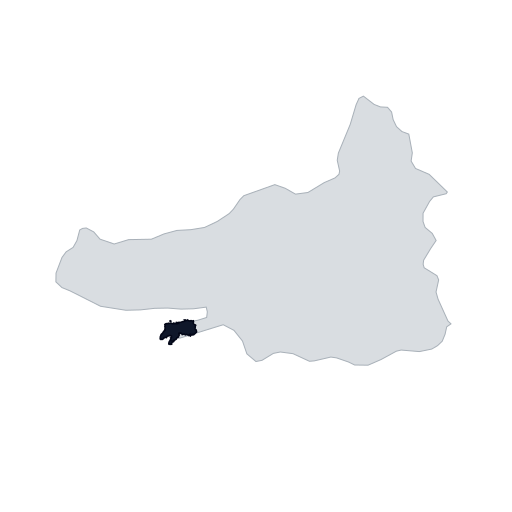 Santa Bárbara de Samaná, Samaná, Dominican Republic (highlighted), rotated 167°
{"feature_id": "3306468B43421780768425", "entity_name": "Santa Bárbara de Samaná", "entity_type": "district", "adm_level": 2, "iso_a3": "DOM", "parent_name": "Dominican Republic", "parent_adm1": "Samaná", "projection": "orthographic", "projection_center": [-69.295, 19.263], "detail": "fine", "context": "in_parent", "style": "filled", "palette": "ink", "viewbox_px": 512, "rotation_deg": 167, "n_neighbors": 0, "source": "geoboundaries", "source_scale": "gbopen_adm2", "svg_char_len": 6537}
<svg xmlns="http://www.w3.org/2000/svg" viewBox="0 0 512 512"><g transform="rotate(167 256 256)"><path d="M79.7,340.4L80.5,321.3L83.5,313.6L80.9,305.4L68.9,296.6L61.6,285.3L55.2,275.3L56.7,273.9L69.9,273.7L74.6,270.1L83.6,260.1L85.5,252.0L84.8,245.8L79.2,238.4L77.0,230.6L84.2,223.9L93.6,214.2L95.0,210.4L94.8,206.7L84.1,196.1L83.4,191.6L88.7,180.4L88.3,172.9L83.6,149.5L81.3,146.0L86.1,144.1L89.4,137.2L93.7,131.1L99.3,127.8L105.7,125.8L118.3,126.1L135.7,131.7L140.6,131.7L157.4,127.0L171.4,124.4L184.4,127.6L189.7,131.9L200.4,138.6L205.8,140.7L222.9,140.7L227.6,141.4L241.9,152.5L253.9,157.0L261.0,157.2L273.6,153.0L279.8,153.2L286.9,162.7L288.3,176.2L294.2,188.5L303.4,196.4L348.7,193.1L358.8,199.6L355.3,205.0L348.9,207.8L327.4,206.5L317.9,207.2L316.0,212.5L316.0,217.4L328.6,218.6L341.0,221.1L353.6,225.1L366.4,227.8L380.8,229.5L395.0,232.4L418.8,242.0L445.1,263.9L452.2,268.9L456.8,275.8L454.7,284.3L445.3,298.3L440.0,302.8L432.3,305.5L427.0,311.3L421.9,321.0L418.8,321.9L415.1,321.5L408.7,316.0L404.2,307.5L391.5,299.6L376.4,300.6L354.2,295.9L340.7,298.2L327.3,298.7L313.5,296.3L299.7,295.4L285.9,298.4L272.5,303.4L267.5,306.7L258.9,314.6L254.3,317.5L221.6,321.3L212.3,315.4L203.6,307.4L191.1,306.2L172.9,312.2L161.5,314.3L156.8,316.9L155.4,319.9L155.3,331.0L152.6,337.7L134.6,363.0L124.4,380.9L120.2,386.4L115.4,387.6L106.8,377.1L101.3,373.3L94.4,371.3L91.5,365.8L91.7,358.0L90.0,350.4L85.8,344.4L79.7,340.4Z" fill="#d9dde1" stroke="#a8b0b8" stroke-width="1"/><path d="M331.4,198.1L331.8,198.4L331.9,198.8L331.3,199.9L331.1,200.9L330.9,201.3L330.4,201.8L330.3,202.1L330.4,202.4L331.3,202.9L331.6,203.2L331.8,203.5L332.2,204.2L332.2,204.6L332.2,205.0L331.7,205.7L331.6,206.0L331.6,207.0L332.2,207.0L332.9,207.1L333.7,207.6L333.8,207.7L334.2,207.7L334.4,207.6L334.9,207.6L335.2,207.8L335.9,207.9L336.2,208.1L336.4,208.4L336.6,208.7L336.8,208.8L337.0,209.1L337.3,208.9L337.6,208.7L338.1,208.9L338.7,208.8L338.8,208.8L338.8,209.2L338.9,209.5L339.1,209.6L339.4,209.7L339.7,209.8L339.8,209.8L339.6,209.6L339.7,209.0L340.2,208.5L340.4,208.5L340.6,208.7L341.0,208.4L341.4,208.4L341.4,208.5L341.7,208.5L341.8,208.6L342.1,208.5L342.8,208.6L343.4,208.4L343.6,208.3L343.9,208.3L344.4,208.4L344.8,208.5L345.4,208.5L346.0,208.7L346.3,208.6L346.5,208.7L346.9,208.8L347.1,208.6L347.0,208.3L347.3,208.5L347.4,208.4L347.6,208.3L347.6,208.2L347.3,208.1L347.3,207.8L347.6,207.6L347.9,207.6L348.3,207.8L348.6,207.8L348.8,208.1L349.3,208.2L349.5,208.5L349.9,208.7L350.0,208.7L350.1,208.3L350.4,208.3L350.6,208.3L351.1,208.7L351.2,209.0L351.4,209.0L351.5,209.1L351.7,208.8L351.9,208.6L352.1,208.5L352.5,208.8L352.8,208.9L352.9,209.0L353.2,209.1L353.4,209.4L353.6,209.5L353.8,209.8L354.0,209.8L354.0,209.7L354.4,209.7L354.5,209.9L354.8,209.8L355.1,209.8L356.1,209.8L356.1,210.1L356.4,210.2L356.6,210.0L356.9,210.1L357.1,210.0L357.3,210.1L357.6,210.0L357.9,210.1L358.0,210.2L358.6,210.1L358.7,210.3L358.9,210.3L359.5,210.2L360.1,209.9L360.0,209.7L360.0,209.4L360.3,209.4L360.3,209.2L360.0,209.1L360.3,208.6L360.2,208.4L360.3,208.1L360.5,208.0L360.7,207.8L360.6,207.5L360.6,207.3L360.7,207.2L360.6,206.9L360.7,206.6L360.6,206.4L360.8,206.0L360.9,205.9L361.0,205.7L361.2,205.4L361.2,205.1L361.3,205.0L361.3,204.9L361.4,204.7L361.3,204.4L361.5,204.3L361.4,204.1L361.8,204.0L362.2,203.8L362.2,203.7L362.7,203.5L363.0,203.1L363.3,203.0L363.3,202.7L363.7,202.3L363.9,202.3L364.0,202.1L364.4,201.9L364.8,201.5L365.0,201.5L365.1,201.3L365.4,201.3L365.6,201.1L365.8,201.1L366.0,200.9L366.1,200.6L366.3,200.6L366.4,200.4L366.7,199.9L366.8,199.8L367.0,199.4L367.3,199.0L367.3,198.8L367.5,198.7L367.6,198.2L367.8,197.7L367.7,197.3L367.7,196.8L367.8,196.6L367.7,196.4L367.8,196.4L367.6,196.1L367.1,196.1L366.7,196.2L366.4,195.8L366.0,195.8L365.7,195.8L365.4,196.0L364.6,196.4L364.5,196.7L364.0,196.8L364.0,197.1L363.7,197.1L363.7,196.9L363.4,197.0L363.2,197.2L362.8,197.2L362.4,197.0L362.2,197.0L362.0,196.8L361.9,196.8L361.8,196.6L361.7,196.6L361.6,196.9L361.5,197.0L361.1,197.1L360.9,197.3L360.9,197.5L360.5,197.8L360.4,197.9L360.0,197.9L359.9,197.8L359.4,197.7L359.3,197.8L359.2,198.0L358.9,198.0L358.8,197.9L358.6,198.0L358.5,197.9L358.3,197.8L358.2,197.8L358.2,198.0L357.9,198.0L357.7,197.8L357.3,197.8L356.9,197.6L356.7,197.4L356.3,197.1L356.4,196.7L356.6,196.5L356.8,196.3L356.8,196.1L356.8,195.8L357.0,195.8L356.9,195.7L357.1,195.6L357.4,194.9L357.6,194.7L357.8,194.5L357.9,194.3L358.4,193.5L358.3,193.4L358.5,193.4L358.7,193.1L359.1,192.7L359.4,192.5L360.1,191.7L360.3,191.3L360.3,191.0L360.4,190.9L360.4,190.7L360.6,190.6L360.7,190.2L360.8,190.0L360.7,189.8L360.7,189.6L360.5,189.4L360.2,189.4L359.9,189.5L359.8,189.4L359.6,189.4L359.6,189.7L359.2,189.4L359.1,189.1L358.9,189.1L358.6,189.0L358.1,189.0L358.1,189.3L357.9,189.4L357.9,189.5L357.8,189.9L357.7,190.1L357.5,190.3L357.3,190.7L357.2,190.8L357.0,191.0L356.8,191.5L356.6,191.1L356.4,190.9L356.1,191.0L355.7,191.0L355.4,191.5L355.1,191.5L354.9,191.7L355.0,192.0L354.9,192.2L355.1,192.3L354.9,192.5L354.7,192.4L354.3,192.5L354.1,192.4L353.9,192.6L353.4,192.5L352.7,192.8L352.4,192.9L352.2,193.5L351.8,193.8L351.7,193.8L351.6,194.0L351.4,193.9L351.3,194.0L351.1,194.0L350.8,194.1L350.7,194.1L350.8,194.2L350.6,194.3L350.5,194.6L350.2,194.8L349.8,195.0L349.4,195.2L349.1,195.5L348.7,196.0L348.6,196.3L348.8,196.6L348.8,196.9L348.7,196.9L348.7,197.2L348.5,197.3L348.6,197.6L348.7,197.8L348.6,198.1L348.4,198.2L347.8,198.3L347.4,198.2L347.3,197.7L347.2,197.7L346.9,197.7L346.8,197.8L346.7,197.8L346.7,197.6L346.4,197.6L346.3,197.4L346.1,197.3L346.0,196.9L345.7,196.7L345.5,196.4L345.5,196.0L344.9,196.0L344.5,196.2L344.2,196.2L343.9,196.0L343.6,196.0L343.4,196.0L343.2,196.0L343.1,195.7L342.7,195.4L342.8,195.3L342.7,195.0L342.0,195.0L341.9,195.1L341.9,195.3L341.4,195.4L341.2,195.2L340.9,194.9L340.5,194.8L340.4,194.5L340.2,194.5L340.1,194.4L339.9,194.5L339.6,194.3L339.2,194.0L339.2,193.7L338.9,193.8L338.7,193.9L338.5,194.1L338.6,194.3L338.4,194.5L338.1,194.4L337.7,194.8L337.3,194.5L337.2,194.5L336.9,194.2L336.7,194.2L336.4,193.4L335.9,193.3L335.7,193.4L335.6,193.7L335.5,193.8L335.1,194.0L334.8,193.9L334.6,193.3L334.1,193.4L333.5,193.9L332.8,194.1L332.3,194.6L331.9,194.9L331.3,195.0L331.1,195.2L330.9,195.4L330.9,195.7L330.9,197.3L331.0,197.6L331.4,198.1ZM353.9,211.6L353.6,211.6L353.6,211.8L354.0,211.9L354.1,212.1L354.3,212.0L354.5,212.0L354.5,211.9L353.9,211.6ZM338.0,192.7L337.9,192.7L337.8,192.9L337.8,193.1L338.0,193.1L338.0,192.7ZM348.3,208.4L348.2,208.4L348.2,208.5L348.4,208.5L348.5,208.7L348.6,208.4L348.3,208.5L348.3,208.4Z" fill="#0f172a" stroke="#020617" stroke-width="1.5"/></g></svg>